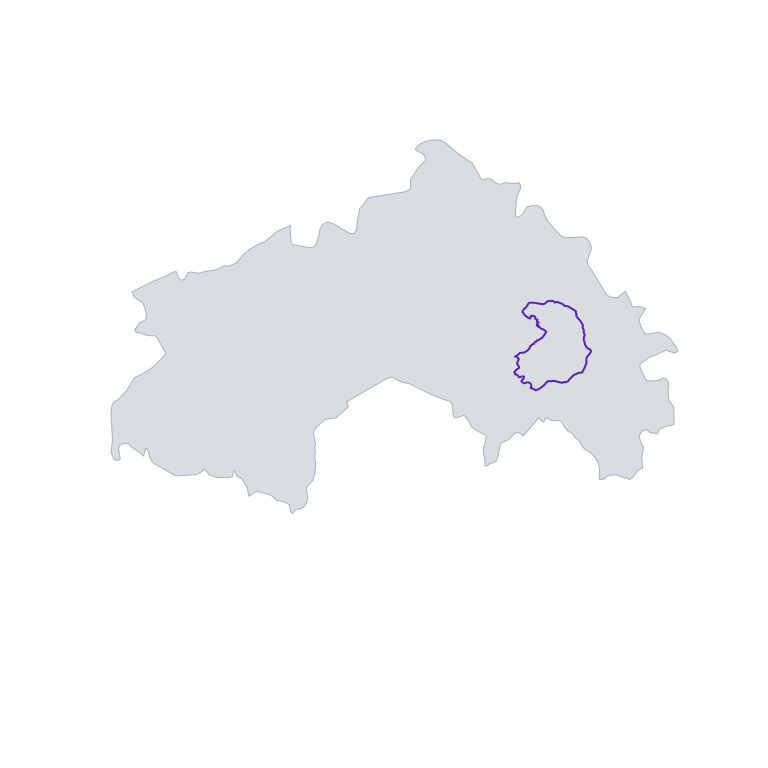 Kerouane, Kérouané, Guinea (highlighted), rotated 330°
{"feature_id": "49546643B6018429350706", "entity_name": "Kerouane", "entity_type": "district", "adm_level": 2, "iso_a3": "GIN", "parent_name": "Guinea", "parent_adm1": "Kérouané", "projection": "orthographic", "projection_center": [-9.183, 9.346], "detail": "fine", "context": "in_parent", "style": "outline", "palette": "violet", "viewbox_px": 768, "rotation_deg": 330, "n_neighbors": 0, "source": "geoboundaries", "source_scale": "gbopen_adm2", "svg_char_len": 6756}
<svg xmlns="http://www.w3.org/2000/svg" viewBox="0 0 768 768"><g transform="rotate(330 384 384)"><path d="M462.4,494.4L456.7,493.6L454.2,494.7L446.6,503.5L442.0,507.0L435.0,505.9L432.5,506.5L430.6,505.5L433.2,500.6L436.9,490.9L446.2,481.2L446.4,479.1L442.6,473.4L438.6,465.6L438.7,457.3L437.9,451.2L429.7,449.5L428.2,448.5L428.0,446.5L432.7,436.1L433.1,434.0L432.5,432.1L427.5,426.7L419.7,416.9L406.3,396.6L401.3,392.3L396.5,386.1L394.7,382.1L389.7,380.7L342.6,380.6L341.7,385.9L325.5,389.3L315.5,385.2L304.4,387.4L299.0,390.1L294.7,401.8L292.3,404.3L289.9,409.6L287.7,412.5L285.2,418.3L279.8,426.5L274.2,431.8L264.8,434.6L261.7,443.3L259.5,446.6L255.9,449.1L252.0,450.7L244.3,448.9L239.9,450.4L239.2,448.2L241.7,441.3L239.8,437.7L232.5,430.5L231.9,427.0L229.6,422.5L220.0,413.1L210.9,413.6L213.6,405.9L213.6,395.6L210.6,389.9L211.4,384.2L209.8,384.5L206.7,388.4L201.8,387.1L192.0,380.9L187.1,374.9L186.6,369.8L185.5,367.8L182.5,368.8L176.3,368.6L157.6,359.4L144.5,336.6L144.3,331.5L146.4,322.7L146.0,320.3L139.7,326.1L138.6,322.2L134.1,313.0L132.9,307.8L128.4,305.4L124.8,304.9L122.0,306.6L118.1,317.1L115.3,317.0L112.5,314.7L113.3,306.8L120.7,297.0L133.3,272.2L137.7,266.6L140.5,264.6L146.2,264.5L157.4,261.3L171.2,253.8L181.7,254.5L194.1,253.7L210.3,248.6L210.7,231.8L210.3,228.1L204.6,224.6L201.3,221.7L198.5,217.9L195.1,215.3L195.2,212.5L202.4,209.0L209.0,209.1L211.2,207.8L212.8,205.4L214.8,199.4L215.6,193.0L211.4,184.4L211.7,178.3L235.3,179.5L248.3,181.4L258.9,181.9L260.5,183.3L259.0,189.2L260.3,192.7L263.9,193.7L269.9,189.6L273.0,190.6L279.5,195.8L285.7,197.2L292.4,200.1L298.7,201.6L304.3,201.5L308.5,204.4L316.4,205.4L326.7,201.8L334.7,200.3L345.9,200.0L351.8,201.2L369.0,198.4L382.5,200.2L380.4,202.2L374.1,215.5L374.8,217.9L388.4,229.3L391.7,230.2L395.4,228.7L401.4,223.4L406.0,217.8L410.5,215.1L415.8,215.3L419.9,219.3L429.6,236.2L432.1,238.3L434.4,238.3L438.7,235.2L440.9,231.5L450.0,220.4L464.0,214.9L497.3,227.7L502.2,228.7L505.0,227.7L509.2,220.2L521.8,213.8L527.8,212.0L531.2,211.8L532.5,209.8L533.2,206.7L532.5,203.5L528.6,197.8L528.5,196.2L530.7,195.1L535.5,194.2L541.7,194.8L548.6,197.3L554.3,200.8L557.5,205.0L563.8,222.8L570.8,236.8L570.6,255.4L573.7,257.3L577.1,258.1L578.7,259.6L582.1,267.3L585.3,269.5L589.2,270.0L596.4,275.0L601.1,276.9L601.7,278.4L601.6,280.4L599.8,283.0L592.8,288.2L589.4,292.6L582.3,303.2L582.1,305.2L583.6,306.6L586.5,306.8L589.7,306.1L596.2,302.2L601.4,303.6L606.3,306.5L608.1,309.6L608.6,313.6L607.5,318.8L607.3,324.6L609.0,334.5L611.6,344.4L614.2,348.0L630.8,356.6L632.4,359.9L633.2,363.5L632.1,368.6L630.4,371.4L621.3,379.1L620.0,382.8L620.7,389.6L621.4,418.6L625.0,423.5L629.3,425.9L639.3,424.5L639.0,432.6L637.7,441.6L643.5,444.3L646.5,447.1L648.1,449.6L638.9,454.4L636.3,457.2L635.0,464.8L635.4,471.7L647.7,476.6L652.5,482.4L654.7,488.5L655.5,499.9L654.4,502.5L651.2,502.5L644.9,495.6L635.3,494.9L628.2,493.6L616.2,494.5L614.2,496.6L612.8,511.8L615.7,514.3L621.4,517.2L625.2,518.4L628.3,518.0L630.6,519.9L631.2,524.8L629.5,528.5L626.4,531.9L622.5,540.7L623.4,548.7L616.7,561.5L614.8,564.0L605.8,561.5L600.0,560.7L595.8,563.9L590.0,558.9L589.0,555.1L586.8,554.2L582.9,554.2L579.3,556.4L577.8,560.5L577.0,568.7L570.5,576.4L565.9,586.1L560.6,585.3L559.4,586.4L553.8,588.9L548.9,589.7L547.6,587.1L544.8,585.0L541.7,580.9L538.1,577.5L531.2,575.2L528.5,576.2L525.3,576.0L523.2,574.7L523.5,572.7L527.1,567.6L529.1,563.0L530.2,557.9L530.2,553.1L528.3,546.3L525.2,540.9L524.5,537.7L524.8,533.3L524.1,529.1L523.1,527.0L521.7,519.1L519.9,517.7L518.9,511.4L519.2,504.9L516.5,502.5L512.4,500.7L509.9,498.2L508.4,495.3L506.9,494.5L505.6,494.7L504.4,496.4L503.1,496.8L500.6,490.8L499.6,490.5L497.9,491.9L478.7,498.6L476.2,492.9L472.5,491.8L466.2,494.1L462.4,494.4Z" fill="#d9dde1" stroke="#a8b0b8" stroke-width="1"/><path d="M585.9,418.2L586.5,417.3L586.0,415.7L585.5,414.7L584.9,413.5L584.0,412.2L583.3,410.5L582.4,409.1L581.5,408.1L580.3,407.4L579.1,406.0L578.8,404.2L578.1,403.3L577.6,402.6L577.0,401.8L576.3,401.4L575.6,400.0L574.9,399.5L572.8,398.8L573.0,398.4L571.8,396.7L571.0,395.9L569.2,395.2L568.2,394.3L566.2,394.2L563.7,394.8L561.8,394.5L559.9,393.1L558.3,391.8L556.9,390.6L555.4,389.2L554.2,388.5L552.0,387.0L550.4,386.4L548.3,386.9L546.9,388.0L545.6,388.5L544.0,388.9L542.6,389.1L541.1,389.8L540.4,390.3L539.9,391.5L540.1,392.2L540.2,393.1L540.2,393.9L540.3,394.8L540.7,395.6L540.9,396.2L541.2,396.9L541.4,397.2L541.7,398.3L542.3,398.9L543.1,400.2L543.5,400.3L544.5,399.2L545.2,398.5L546.1,398.7L546.8,399.5L547.7,399.8L548.0,400.5L548.3,401.8L547.7,403.6L548.8,405.1L548.3,405.3L548.0,406.0L547.8,406.5L548.4,407.4L548.6,408.0L547.8,408.3L546.9,408.3L546.3,408.4L546.1,408.9L545.9,409.4L545.8,410.0L545.9,410.4L546.2,410.3L546.8,410.4L547.0,410.7L546.4,411.4L546.6,412.0L546.9,412.4L547.3,412.9L547.4,413.4L547.4,414.0L547.7,414.5L548.1,415.1L549.1,416.1L549.6,417.0L550.1,418.2L550.5,419.4L550.6,419.9L547.8,421.4L546.4,422.2L544.9,422.6L543.1,423.1L540.8,423.1L539.3,423.2L538.0,422.7L536.8,423.4L536.1,423.1L535.2,423.3L534.4,423.8L534.1,424.2L532.9,423.8L531.9,424.0L530.4,424.2L529.4,424.5L528.3,425.5L526.7,426.3L524.6,426.8L523.1,426.8L521.5,426.8L520.5,426.6L519.8,426.2L518.4,425.5L517.0,425.1L515.8,425.3L514.9,425.6L514.1,425.7L511.5,425.9L511.9,426.6L512.7,427.4L512.7,427.5L513.3,429.2L512.8,430.3L512.0,430.7L510.9,431.4L510.2,432.1L509.7,432.8L509.5,433.3L509.3,433.6L509.6,434.6L509.5,436.9L508.7,437.7L507.2,437.6L505.1,438.0L504.1,438.3L503.5,438.8L502.8,439.0L502.7,440.1L502.3,441.0L502.9,441.6L503.2,441.8L503.9,442.7L504.3,443.5L504.2,444.0L504.1,444.9L504.4,445.8L505.8,446.2L506.8,446.3L507.9,446.6L508.7,447.2L508.7,448.1L508.3,448.6L507.6,449.0L506.6,449.4L505.3,449.7L504.4,450.3L504.3,450.9L504.6,451.7L505.2,452.6L505.5,453.0L505.9,453.6L507.3,453.8L508.8,454.2L510.2,455.1L511.0,456.4L511.1,457.8L510.6,459.5L509.8,460.2L509.1,460.6L509.5,461.3L511.7,464.0L512.1,465.2L512.2,465.3L515.7,465.8L517.8,465.7L521.9,465.1L525.5,463.8L527.8,463.6L529.9,465.1L531.9,465.8L533.8,467.1L535.1,468.6L537.2,470.5L538.7,472.0L541.1,472.4L541.8,473.2L543.0,473.4L544.6,473.6L545.5,473.4L547.4,472.4L549.1,472.1L550.5,471.8L552.8,471.0L554.6,471.4L556.9,471.4L558.5,471.9L559.6,472.3L560.7,472.8L561.4,472.9L561.9,472.7L562.2,472.6L562.7,472.2L566.2,470.0L567.2,469.1L568.0,468.5L569.4,467.4L569.7,467.0L570.2,466.4L571.3,464.3L572.6,462.5L572.8,462.3L574.9,461.5L578.4,460.2L579.4,459.2L579.8,458.8L579.6,456.9L578.1,454.8L577.7,452.8L577.8,450.8L578.2,449.3L578.5,448.3L578.7,447.3L579.1,445.5L580.3,443.7L580.6,443.4L582.5,441.8L582.6,439.4L583.9,437.4L584.3,434.2L585.5,433.0L585.5,432.1L585.7,430.6L585.6,429.0L585.6,427.4L585.3,425.9L584.9,424.3L584.6,422.6L584.6,421.7L584.6,421.1L585.6,420.0L585.7,418.5L585.9,418.2Z" fill="none" stroke="#5b21b6" stroke-width="2"/></g></svg>